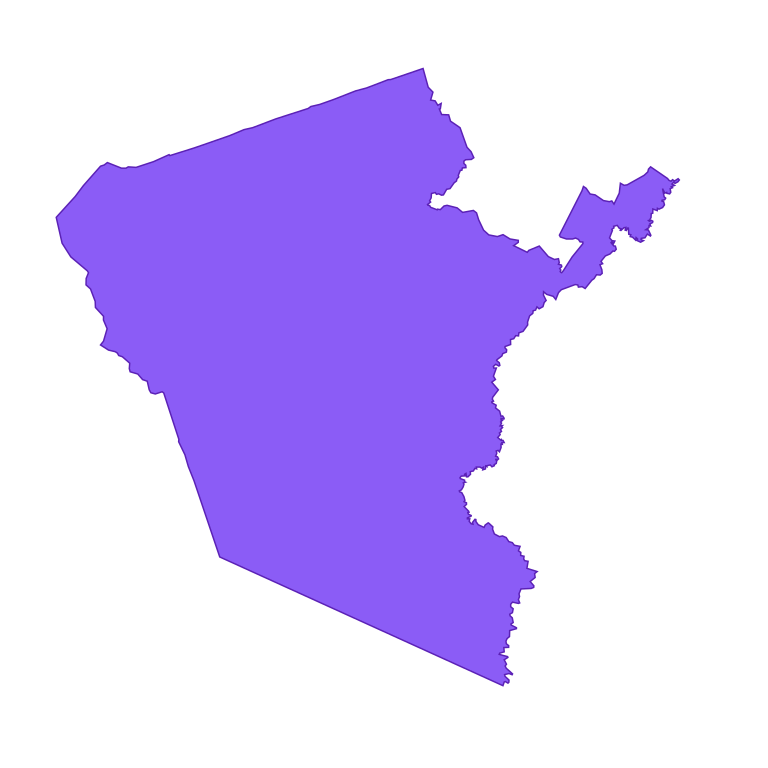 Kilgoris, Rift Valley, Kenya (orthographic projection), rotated 355°
{"feature_id": "3690345B49962205101636", "entity_name": "Kilgoris", "entity_type": "district", "adm_level": 2, "iso_a3": "KEN", "parent_name": "Kenya", "parent_adm1": "Rift Valley", "projection": "orthographic", "projection_center": [35.018, -1.222], "detail": "fine", "context": "isolated", "style": "filled", "palette": "violet", "viewbox_px": 768, "rotation_deg": 355, "n_neighbors": 0, "source": "geoboundaries", "source_scale": "gbopen_adm2", "svg_char_len": 6152}
<svg xmlns="http://www.w3.org/2000/svg" viewBox="0 0 768 768"><g transform="rotate(355 384 384)"><path d="M72.0,189.4L75.6,215.7L83.1,230.1L98.3,245.4L99.3,247.4L96.5,252.9L95.8,259.3L99.9,263.7L103.5,276.5L103.2,282.6L110.5,292.1L110.1,295.8L113.0,304.8L108.3,316.9L105.0,320.4L112.5,326.2L119.1,328.4L121.1,330.0L122.2,332.5L125.7,334.0L132.5,341.1L131.6,346.5L132.2,349.7L139.6,352.6L143.9,358.6L148.4,360.6L149.6,369.3L151.0,372.4L155.3,374.0L162.3,372.4L163.8,373.7L174.8,421.2L174.4,423.6L179.5,437.1L181.9,449.2L186.3,463.8L205.3,542.0L476.2,694.9L477.8,691.3L478.9,691.0L481.4,692.8L482.4,692.0L482.7,689.8L479.1,685.8L478.8,684.0L483.3,683.3L486.3,684.8L486.8,684.0L481.0,677.8L480.1,675.5L481.6,673.8L479.7,669.2L483.6,667.2L483.4,666.4L475.2,663.4L475.8,662.2L480.4,661.3L480.4,657.0L485.2,657.2L485.4,655.5L483.2,653.4L483.1,650.7L484.4,648.4L487.0,646.5L487.7,640.6L494.6,639.3L494.7,638.4L489.7,635.2L489.5,634.2L491.9,632.9L491.4,628.1L489.4,625.9L489.2,624.3L492.0,623.0L493.1,619.2L490.8,616.9L491.0,614.5L493.0,612.5L498.8,614.3L500.1,613.9L499.1,610.5L500.5,607.5L500.2,604.8L502.6,600.1L512.8,600.5L515.4,599.7L515.7,598.1L512.4,593.5L517.7,589.9L517.5,586.0L520.2,584.2L510.3,580.1L512.1,573.2L508.8,572.3L507.9,570.6L508.5,567.8L505.2,566.7L505.6,563.7L503.4,561.9L505.4,557.6L499.8,556.0L498.0,553.2L494.6,551.9L492.3,547.6L488.8,545.7L485.7,546.1L480.9,543.0L479.5,538.1L480.0,535.8L476.5,532.0L475.7,531.4L472.5,533.3L471.2,535.6L465.6,532.4L463.6,529.0L463.7,527.0L462.8,526.7L460.1,529.6L460.4,531.4L458.6,530.8L456.9,528.2L457.7,525.8L455.3,525.6L455.4,524.6L459.1,523.4L459.4,522.6L456.7,521.0L456.3,519.3L457.5,519.2L457.3,518.2L453.1,513.1L455.7,511.1L455.8,509.5L453.5,508.2L454.5,506.9L453.8,503.1L452.0,499.0L449.9,498.0L449.7,497.0L451.9,496.2L453.9,493.4L454.9,490.9L454.4,489.4L456.6,488.9L455.7,488.4L455.9,486.8L451.8,484.9L451.5,484.0L452.9,482.5L456.9,482.6L456.4,481.0L457.9,480.2L458.1,483.7L459.5,483.8L462.3,481.5L462.3,478.8L465.5,478.4L467.1,476.0L468.9,476.6L468.7,474.8L472.3,475.1L474.0,476.3L475.7,475.6L474.9,478.1L477.6,477.5L478.2,474.5L479.3,475.2L479.2,474.4L482.8,473.9L484.3,475.9L486.8,475.0L486.7,474.0L488.9,472.9L489.5,470.8L488.6,468.3L490.1,469.8L491.6,468.6L490.7,466.4L488.9,465.7L490.3,462.9L490.0,460.5L491.9,460.1L493.1,461.6L495.1,457.5L495.3,454.1L496.6,454.4L496.3,452.7L498.6,452.8L497.7,450.6L496.2,450.4L496.1,449.5L495.3,449.9L492.6,447.2L495.3,444.6L494.7,442.9L496.9,441.5L496.1,439.5L498.3,437.7L497.3,436.5L498.2,435.8L496.0,435.8L497.7,433.2L496.9,432.0L498.8,430.5L497.5,430.0L497.6,428.5L500.4,429.3L500.7,428.6L499.4,426.2L497.7,426.2L496.8,421.1L493.0,417.5L493.9,414.9L489.8,412.0L489.8,411.2L491.6,410.6L490.6,408.6L491.1,406.7L497.4,399.8L491.5,391.6L495.4,389.2L493.7,385.8L497.3,377.9L494.8,377.7L494.5,376.0L497.0,374.1L500.0,376.1L501.0,375.6L500.7,372.9L498.2,370.4L498.7,369.6L503.9,366.3L504.9,364.1L508.7,362.9L509.2,360.6L507.6,358.4L507.9,357.2L513.6,355.7L513.9,350.7L517.2,350.2L519.4,347.3L522.2,347.8L522.8,344.8L527.1,343.7L532.3,337.7L532.4,334.8L535.0,328.8L538.4,326.6L539.0,324.0L541.4,323.6L543.1,320.5L545.1,322.6L549.1,320.8L550.7,316.8L552.8,314.9L550.6,309.3L551.0,306.0L553.9,308.9L560.2,311.4L562.5,314.8L565.8,308.2L568.9,305.5L583.1,301.6L585.7,302.2L586.1,304.4L589.9,304.3L592.7,306.4L600.0,298.8L602.5,297.3L605.2,293.7L608.9,294.3L611.0,292.8L611.0,289.1L609.5,284.0L612.3,283.2L610.9,280.7L615.7,275.7L620.6,274.1L623.6,271.5L625.2,271.9L627.1,270.0L626.5,266.8L625.0,266.5L622.5,263.0L623.3,262.2L625.0,264.0L626.4,261.7L623.7,261.1L621.4,258.1L624.9,251.0L624.5,249.7L626.7,248.5L626.5,246.9L630.2,246.3L631.8,249.2L633.6,250.0L632.7,251.4L633.4,251.7L636.7,249.2L638.6,249.1L637.6,251.7L638.8,252.2L640.2,249.9L641.0,250.0L640.9,256.2L642.9,256.8L642.1,258.6L644.4,259.4L647.1,262.5L647.9,260.1L649.3,261.7L648.3,263.0L652.0,265.1L655.0,263.8L652.6,262.6L653.0,261.3L656.7,261.1L659.4,257.6L662.3,259.8L662.8,259.1L660.8,253.6L658.3,253.1L661.6,251.3L661.9,249.3L663.4,249.8L662.8,247.7L665.6,246.6L666.0,245.3L664.7,244.3L662.5,245.0L661.8,244.2L662.7,244.1L664.5,241.5L665.1,237.5L666.6,237.3L667.1,233.1L671.3,235.1L671.7,232.8L673.2,233.8L676.9,232.5L679.0,230.0L678.5,226.8L676.9,226.1L677.0,225.2L679.7,224.9L680.8,223.4L679.4,222.0L678.5,213.6L680.4,218.3L682.3,217.8L682.4,218.7L685.1,219.5L686.4,218.0L686.1,214.3L688.5,213.6L687.5,212.4L690.7,211.5L688.3,209.9L690.2,208.2L691.4,209.5L694.4,208.2L696.0,206.5L694.9,205.1L691.1,207.1L689.3,205.6L687.6,207.0L685.6,205.9L684.4,204.0L668.5,190.9L666.2,193.0L665.3,195.7L661.3,198.8L643.6,206.8L640.5,207.0L637.0,204.6L635.0,214.4L628.8,224.8L626.9,221.5L624.4,222.0L618.6,220.4L610.8,214.0L605.9,212.7L602.4,206.6L599.9,204.6L598.1,208.7L571.7,251.0L572.5,252.9L578.3,255.4L584.5,256.0L587.6,255.3L590.3,256.9L591.7,259.5L594.4,259.9L594.4,261.5L582.5,273.8L572.5,286.8L570.7,288.6L569.9,288.2L569.3,287.3L570.1,285.9L569.1,284.3L571.3,282.6L571.1,281.0L568.2,279.9L569.2,278.3L568.7,274.4L564.6,274.8L558.8,271.4L550.7,260.1L539.9,263.5L538.2,265.3L525.2,257.5L530.1,254.6L530.3,252.6L522.2,250.5L515.6,245.6L509.8,247.0L501.4,244.6L496.6,239.4L492.6,228.6L491.1,221.6L488.2,218.9L477.3,219.9L472.2,214.9L462.4,211.5L459.3,211.9L455.3,215.2L452.6,214.5L452.2,215.1L445.8,212.0L445.0,210.2L443.4,209.8L443.0,209.0L446.3,206.8L445.4,205.5L447.2,202.7L447.9,198.3L451.8,197.8L452.8,199.6L455.1,199.3L457.7,200.9L459.7,200.8L463.4,195.5L466.8,195.1L471.4,189.7L473.9,188.1L474.4,186.3L476.5,184.2L476.2,182.6L478.6,177.9L480.2,177.8L480.9,175.6L484.5,175.6L484.5,173.2L482.8,171.3L483.0,169.0L484.8,167.7L490.6,167.9L493.2,166.4L491.0,160.2L487.3,155.4L482.1,135.3L473.2,128.0L471.9,121.5L464.9,120.6L463.1,114.9L464.1,114.8L465.4,109.5L461.9,111.0L459.6,106.4L455.2,105.2L458.2,97.5L453.9,92.2L450.4,73.1L417.2,81.3L414.7,81.2L392.3,87.6L381.4,89.5L357.5,96.5L344.3,99.9L335.3,101.2L332.5,102.9L299.6,110.4L275.5,117.2L266.7,118.4L252.0,123.1L215.5,132.3L190.6,137.8L189.9,136.8L173.8,142.4L155.9,146.6L148.1,145.4L145.8,146.5L141.3,146.1L127.7,139.3L124.4,141.4L120.6,142.3L101.8,160.2L92.7,170.3L72.0,189.4Z" fill="#8b5cf6" stroke="#5b21b6" stroke-width="1.5"/></g></svg>